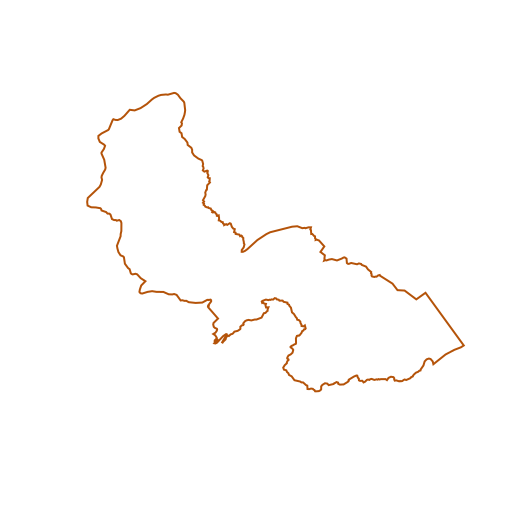 the district of Salcedo, Cotopaxi, Ecuador, rotated 54°
{"feature_id": "8360857B66602561776891", "entity_name": "Salcedo", "entity_type": "district", "adm_level": 2, "iso_a3": "ECU", "parent_name": "Ecuador", "parent_adm1": "Cotopaxi", "projection": "equal_earth", "projection_center": [-78.584, -1.057], "detail": "fine", "context": "isolated", "style": "outline", "palette": "amber", "viewbox_px": 512, "rotation_deg": 54, "n_neighbors": 0, "source": "geoboundaries", "source_scale": "gbopen_adm2", "svg_char_len": 6125}
<svg xmlns="http://www.w3.org/2000/svg" viewBox="0 0 512 512"><g transform="rotate(54 256 256)"><path d="M306.4,333.9L306.0,332.8L305.6,329.7L304.2,327.9L303.9,325.5L304.8,325.0L304.5,322.6L305.1,320.9L305.1,320.1L304.5,317.9L305.8,314.8L305.9,311.9L305.7,311.4L304.0,310.2L303.8,308.3L304.4,307.0L304.2,306.3L303.0,305.9L302.3,303.3L302.5,301.5L303.3,299.6L305.4,297.6L306.6,294.5L307.7,292.9L309.1,287.7L306.9,283.3L307.6,281.8L307.1,279.4L307.2,278.9L305.9,277.8L304.8,276.1L303.6,278.1L301.6,277.4L300.6,276.1L299.4,277.3L298.0,277.6L297.7,278.6L296.2,278.1L296.1,277.2L297.1,273.6L299.0,271.9L299.4,270.6L300.1,270.0L300.2,269.0L301.3,267.8L301.1,265.6L302.3,264.6L303.3,264.7L304.7,263.3L305.9,263.3L307.7,260.7L309.3,260.6L312.2,258.0L313.2,258.7L314.9,257.9L315.8,258.3L318.3,258.1L322.8,260.0L325.3,259.4L328.9,259.7L330.2,259.5L331.8,260.1L333.0,259.0L335.1,258.7L336.3,259.4L338.3,259.6L339.4,260.3L341.0,258.7L340.9,257.3L343.8,258.4L344.1,259.2L343.6,260.3L344.2,261.6L343.9,262.7L344.9,264.3L345.7,267.1L345.7,268.2L345.2,268.5L344.7,269.9L346.1,272.1L350.0,274.8L350.5,275.6L350.1,276.7L349.9,279.3L349.6,280.0L349.8,281.5L350.2,281.7L352.3,281.0L353.9,281.1L355.7,283.3L356.0,285.8L355.6,288.2L356.6,290.4L357.3,291.0L358.6,290.5L359.2,290.7L359.4,292.1L360.2,293.6L360.9,294.1L361.2,296.9L362.3,299.6L364.4,300.2L366.3,298.7L368.0,299.1L369.9,298.7L371.6,299.2L374.3,297.9L379.1,297.9L383.6,294.0L384.9,293.6L386.0,292.2L389.9,291.4L391.0,290.7L393.9,292.5L395.0,291.2L395.6,289.4L396.9,288.1L398.0,288.0L398.8,287.5L400.2,287.7L400.7,287.1L402.3,284.5L402.5,282.7L402.1,281.6L399.8,279.9L399.3,278.1L399.5,275.0L401.2,273.3L403.2,273.1L405.2,268.4L404.9,267.4L405.2,266.7L405.3,265.0L406.7,264.0L407.7,264.6L409.3,263.8L411.4,260.6L411.8,255.6L411.5,254.3L410.9,254.2L410.6,253.6L411.1,247.6L411.7,245.0L412.3,244.4L414.2,245.1L415.6,244.9L417.1,245.8L418.1,245.3L419.5,243.3L421.5,243.3L421.8,241.7L421.4,239.1L421.8,238.0L422.9,237.1L422.8,236.0L423.4,234.7L425.8,233.1L426.8,230.7L427.5,230.3L427.7,229.1L428.5,228.7L429.0,227.4L431.7,223.6L433.4,223.0L432.5,220.4L433.0,217.8L434.8,216.0L436.1,216.0L437.2,216.8L438.4,217.0L439.0,215.7L441.6,213.8L441.8,212.9L442.4,212.6L443.1,211.2L443.1,209.3L443.3,208.3L444.6,207.4L445.6,202.9L445.2,202.1L445.6,199.9L445.2,199.6L444.7,197.9L444.4,195.2L445.0,192.8L444.8,191.5L445.3,190.2L444.6,189.5L443.0,184.9L440.4,181.5L439.9,178.7L440.6,176.4L442.0,175.3L445.2,175.0L447.8,176.1L447.1,160.5L448.5,150.7L450.3,144.0L450.5,140.5L385.4,140.5L385.3,151.8L371.3,156.1L366.8,161.6L358.6,161.8L344.7,167.3L344.1,167.1L343.5,168.6L343.6,170.6L342.8,171.6L342.6,172.5L340.8,174.1L339.8,174.1L338.6,173.1L337.5,173.1L336.7,172.2L332.6,173.3L329.3,173.2L325.3,175.7L324.3,175.6L322.5,177.1L322.1,179.1L317.6,183.1L316.9,185.6L316.2,186.3L315.1,186.6L311.3,184.3L309.2,185.1L308.7,186.1L308.5,188.1L307.2,193.1L303.1,196.4L301.8,199.0L301.0,201.6L300.1,202.4L299.8,203.6L298.9,202.3L298.2,202.1L295.9,199.9L290.6,201.5L288.4,195.1L280.5,195.9L278.4,197.3L278.1,198.3L277.5,197.7L276.4,197.8L274.8,196.7L274.0,197.2L271.3,197.5L270.7,198.4L267.3,196.3L266.5,196.5L265.1,194.7L263.7,196.6L262.6,199.7L261.9,200.0L260.7,202.2L256.2,205.1L253.5,209.6L245.1,230.6L244.4,234.7L243.9,245.5L245.4,259.0L245.4,261.9L244.9,264.2L244.2,265.1L242.8,264.0L241.8,260.9L239.8,258.5L238.4,258.3L237.7,257.7L235.1,256.6L234.0,255.7L232.5,256.0L231.9,255.6L230.8,255.9L230.6,257.2L228.9,256.9L226.2,259.5L225.1,258.8L223.8,259.7L221.8,257.4L220.4,258.3L218.2,258.4L215.0,257.4L214.1,257.9L213.9,261.0L212.7,261.4L212.3,263.6L211.5,263.1L210.2,263.6L209.1,263.0L208.1,264.0L206.5,264.2L205.3,265.2L203.7,263.6L201.2,262.3L200.8,263.9L200.5,264.1L199.2,263.3L197.7,263.7L196.8,263.3L195.7,264.0L195.5,265.3L194.7,265.7L194.0,264.5L192.5,265.1L191.0,264.7L189.5,266.0L188.4,266.1L188.2,266.8L186.3,268.0L185.3,267.8L183.8,268.3L183.0,267.2L181.8,267.6L181.4,266.0L179.7,266.1L177.7,261.8L176.6,260.6L174.9,259.8L173.4,257.6L173.5,256.8L170.1,253.9L169.4,250.0L168.1,250.0L167.8,249.3L165.9,247.7L165.0,248.7L163.9,248.8L162.6,247.0L160.1,246.6L159.6,245.6L158.7,245.0L158.2,245.3L157.4,248.2L155.5,248.7L154.3,246.9L153.0,246.3L151.9,246.3L150.5,244.7L147.4,243.5L146.6,243.5L143.3,245.4L138.2,247.0L134.7,246.8L132.5,245.2L130.4,244.7L126.0,246.0L123.9,244.8L119.4,244.9L116.3,245.8L112.9,244.1L110.6,244.8L107.2,243.1L106.7,239.5L105.1,237.9L103.9,237.9L101.9,234.1L99.7,230.9L97.9,229.0L96.4,227.6L90.0,224.0L88.7,223.7L83.9,224.4L79.6,224.4L77.0,225.3L75.9,226.4L73.7,232.5L72.4,233.9L69.9,238.1L69.0,240.7L68.2,245.4L68.2,248.2L68.9,255.0L68.5,262.5L66.9,268.6L63.5,272.2L65.3,280.2L65.6,284.5L64.7,288.0L63.2,289.8L61.5,291.0L61.9,292.3L67.0,300.6L67.2,301.5L66.1,308.9L66.2,312.9L68.2,314.4L71.9,315.3L76.7,313.4L78.1,313.3L80.0,316.1L81.5,320.2L82.3,320.8L88.9,322.2L96.2,325.8L97.4,327.2L98.9,330.7L100.5,333.7L101.6,334.8L104.0,335.8L106.9,339.5L108.1,342.0L110.2,358.0L113.0,360.8L116.2,362.6L119.7,360.7L122.6,357.0L125.9,353.8L126.9,353.7L128.4,354.2L132.4,351.4L134.4,351.2L135.6,349.7L137.0,349.4L141.5,350.8L143.5,349.7L144.6,348.2L145.6,347.9L146.5,345.5L148.4,344.9L150.2,345.5L156.7,350.3L158.7,352.6L160.4,353.9L166.0,362.5L168.5,363.7L172.0,365.0L175.8,365.2L178.3,363.7L179.4,363.6L185.2,366.6L190.5,366.6L192.4,366.0L196.3,367.4L197.3,367.3L198.4,366.6L199.5,364.0L201.0,362.9L206.2,362.3L211.4,360.3L212.4,366.2L214.8,369.6L216.5,371.4L217.2,371.5L218.4,371.2L219.5,370.1L221.3,364.8L223.4,360.7L226.4,357.7L230.7,352.0L235.7,349.1L237.9,346.3L238.6,344.6L240.8,343.1L247.7,343.1L248.5,341.6L250.3,340.2L251.3,338.7L253.8,337.6L258.5,332.4L262.1,326.8L262.8,321.4L263.2,320.6L263.6,320.5L264.6,318.4L265.4,318.3L266.4,319.0L267.9,323.8L268.4,324.3L268.8,323.8L269.5,324.8L284.3,323.5L285.2,329.7L286.3,330.9L288.5,331.8L290.0,331.5L291.9,330.4L292.7,330.7L293.5,331.8L294.2,333.9L294.0,336.4L296.1,335.6L299.0,335.8L299.7,336.8L300.0,339.0L300.5,339.4L300.7,336.3L301.1,336.3L301.8,338.6L302.2,340.9L302.9,340.3L303.2,338.7L301.5,329.6L301.6,326.1L302.1,325.7L303.0,326.3L303.2,327.7L305.9,334.1L306.4,333.9Z" fill="none" stroke="#b45309" stroke-width="2"/></g></svg>